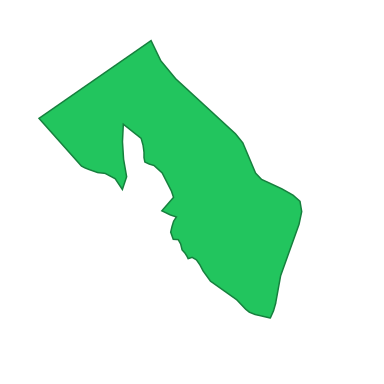 map outline of Compostela Valley (Natural Earth projection), rotated 325°
{"feature_id": "PHL-2592", "entity_name": "Compostela Valley", "entity_type": "Province", "adm_level": 1, "iso_a3": "PHL", "parent_name": "Philippines", "parent_adm1": "", "projection": "natural_earth1", "projection_center": [125.941, 7.522], "detail": "fine", "context": "isolated", "style": "filled", "palette": "green", "viewbox_px": 384, "rotation_deg": 325, "n_neighbors": 0, "source": "natural_earth", "source_scale": "10m", "svg_char_len": 933}
<svg xmlns="http://www.w3.org/2000/svg" viewBox="0 0 384 384"><g transform="rotate(325 192 192)"><path d="M183.8,340.1L173.3,328.4L170.0,323.3L168.7,318.7L166.8,305.9L156.0,275.7L155.8,263.1L156.7,256.2L156.7,250.1L154.6,245.6L150.6,244.4L151.0,242.0L151.2,238.0L150.7,233.7L152.9,228.1L153.4,223.1L149.5,220.0L151.5,212.7L155.7,208.9L160.2,205.4L164.9,203.5L161.1,198.4L156.5,190.1L173.8,185.8L175.7,179.4L178.5,159.3L176.1,148.5L173.0,144.6L170.6,140.4L172.4,136.3L175.5,131.9L178.7,125.7L181.1,118.9L174.6,97.1L163.9,110.9L154.7,126.0L147.2,142.0L136.4,150.0L136.7,137.1L131.5,126.9L125.9,122.0L120.4,114.3L118.1,110.8L116.3,107.3L108.9,44.0L108.9,43.9L245.3,44.5L241.7,66.6L243.6,90.1L261.0,169.3L261.8,180.9L254.9,213.0L256.2,221.6L267.4,240.9L273.0,252.7L275.1,261.6L270.6,271.0L261.1,279.9L216.6,311.4L196.9,330.9L196.9,331.0L190.6,336.1L183.9,340.1L183.8,340.1Z" fill="#22c55e" stroke="#15803d" stroke-width="1.5"/></g></svg>